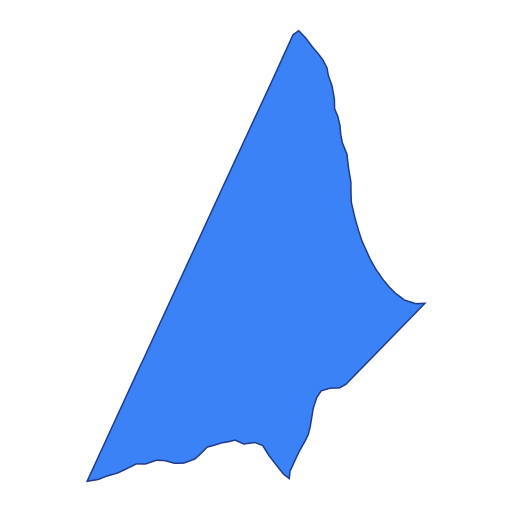 Rio do Fogo, Rio Grande do Norte, Brazil
{"feature_id": "56859067B74826707647635", "entity_name": "Rio do Fogo", "entity_type": "district", "adm_level": 2, "iso_a3": "BRA", "parent_name": "Brazil", "parent_adm1": "Rio Grande do Norte", "projection": "robinson", "projection_center": [-35.391, -5.362], "detail": "fine", "context": "isolated", "style": "filled", "palette": "blue", "viewbox_px": 512, "rotation_deg": 0, "n_neighbors": 0, "source": "geoboundaries", "source_scale": "gbopen_adm2", "svg_char_len": 1055}
<svg xmlns="http://www.w3.org/2000/svg" viewBox="0 0 512 512"><path d="M424.9,303.3L415.8,303.7L404.5,300.1L395.0,292.9L389.3,287.1L383.1,279.7L375.7,269.0L370.3,259.4L367.3,252.8L361.8,240.6L358.8,231.4L356.0,221.8L353.7,212.9L351.3,202.1L351.0,193.0L350.9,182.2L348.5,167.8L346.9,154.0L342.4,142.9L340.7,134.4L340.0,125.6L337.8,116.4L334.6,108.8L334.4,99.3L332.0,85.7L328.3,75.5L327.0,67.9L323.1,60.2L318.1,53.6L312.3,46.8L305.6,37.9L298.7,30.7L293.0,34.8L272.9,79.0L223.5,185.5L201.7,232.9L171.8,297.6L160.7,321.7L143.7,358.7L138.4,369.8L87.1,481.3L98.2,479.5L106.2,476.3L117.9,472.9L126.1,469.0L136.3,463.9L145.4,464.0L156.6,460.2L164.7,460.6L174.6,463.3L183.8,463.1L194.9,459.0L200.4,454.0L207.2,447.1L214.4,445.2L221.8,442.8L228.8,441.7L235.0,440.1L243.7,444.0L254.9,442.5L262.7,445.5L268.9,455.5L275.7,464.3L283.5,474.1L289.3,478.6L290.0,471.2L298.7,452.4L304.9,441.3L308.2,434.7L310.2,426.7L313.2,408.6L316.6,397.8L321.1,390.9L329.9,388.2L339.4,387.9L345.9,384.3L357.7,372.2L424.9,303.3Z" fill="#3b82f6" stroke="#1e3a8a" stroke-width="1.5"/></svg>